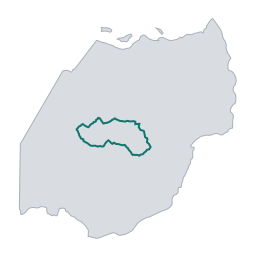 location of Singida within United Republic of Tanzania, rotated 271°
{"feature_id": "TZA-3390", "entity_name": "Singida", "entity_type": "Region", "adm_level": 1, "iso_a3": "TZA", "parent_name": "United Republic of Tanzania", "parent_adm1": "", "projection": "albers", "projection_center": [34.489, -5.65], "detail": "fine", "context": "in_parent", "style": "outline", "palette": "teal", "viewbox_px": 256, "rotation_deg": 271, "n_neighbors": 0, "source": "natural_earth", "source_scale": "10m", "svg_char_len": 5669}
<svg xmlns="http://www.w3.org/2000/svg" viewBox="0 0 256 256"><g transform="rotate(271 128 128)"><path d="M89.4,189.2L86.1,187.5L83.2,186.5L80.8,185.3L79.7,184.2L77.4,183.8L75.5,183.6L73.7,182.6L69.9,182.2L69.5,181.5L69.5,180.0L68.8,179.5L67.5,179.2L66.0,179.2L65.1,179.4L64.6,179.3L63.4,178.4L62.2,177.2L61.8,175.4L60.1,174.2L58.1,173.3L52.7,173.4L51.8,173.1L50.5,172.2L49.0,170.7L47.8,168.9L46.7,166.5L45.6,163.3L39.2,150.4L38.6,148.0L37.3,145.3L35.3,142.0L33.2,139.5L30.3,137.3L27.0,135.1L25.2,133.6L21.8,127.5L21.1,124.7L20.5,121.7L20.7,120.6L22.8,116.7L23.0,115.7L22.8,114.2L21.7,111.2L20.3,107.5L17.6,100.9L17.2,99.2L17.3,97.9L18.8,91.1L18.7,90.1L25.0,90.2L29.6,87.2L33.6,82.7L34.3,80.9L36.0,78.0L37.5,76.6L38.2,75.6L39.1,72.7L41.1,70.8L43.2,69.3L42.8,68.2L43.1,67.8L44.2,67.1L46.3,66.4L46.7,64.9L46.7,63.2L46.4,62.2L46.4,61.2L46.1,60.6L44.7,60.4L42.6,59.6L40.8,59.2L39.6,58.8L39.1,58.4L38.9,57.4L39.9,54.8L38.9,53.7L41.1,49.4L41.5,48.9L42.3,48.8L43.5,48.3L44.7,48.1L45.7,48.3L46.4,48.1L47.0,47.6L47.5,46.1L47.9,43.7L47.7,41.7L46.7,40.2L46.5,37.8L46.9,34.7L46.6,32.1L45.5,30.0L44.5,28.7L42.9,28.2L40.4,25.0L39.6,23.5L39.8,22.5L40.6,22.1L42.2,22.2L43.7,21.8L45.1,20.9L46.4,20.7L47.1,20.8L110.2,20.6L183.8,61.7L184.1,62.2L184.6,65.7L184.5,66.9L183.4,69.0L183.0,70.0L183.0,70.8L183.3,71.0L184.2,71.2L185.1,71.6L185.4,72.0L186.0,73.6L186.8,74.3L214.5,94.6L215.1,95.0L214.7,96.6L213.1,100.7L213.0,102.4L212.4,104.4L211.8,105.8L210.1,111.5L208.8,113.6L206.9,118.7L206.6,122.5L207.6,125.3L207.9,127.8L210.1,130.3L211.8,131.2L212.9,132.3L214.9,135.0L216.1,137.6L219.8,138.9L221.2,141.8L220.7,143.8L218.9,145.5L217.3,148.1L216.0,151.7L215.9,157.1L216.8,156.3L218.7,157.6L219.0,161.6L216.9,166.2L216.3,168.4L216.2,170.2L217.6,175.8L219.7,178.7L219.6,179.5L219.0,180.3L222.7,185.3L222.4,189.7L223.8,193.0L224.4,196.0L225.3,198.2L225.4,199.8L224.2,201.5L227.0,202.0L228.6,203.4L229.3,204.7L231.3,204.7L232.4,205.6L233.9,206.4L237.3,208.7L238.2,209.8L238.8,210.9L229.3,218.0L225.9,219.8L223.5,220.6L220.9,221.0L218.4,222.1L216.1,223.9L213.1,224.7L209.4,224.7L205.6,225.9L199.6,229.6L196.1,227.5L193.4,226.8L190.2,226.9L188.3,227.1L187.6,227.5L187.0,228.8L186.5,230.8L184.4,232.8L180.8,234.7L177.5,235.4L174.4,234.9L172.4,234.1L171.3,233.0L169.7,232.5L167.6,232.5L165.6,233.3L163.7,234.8L160.6,235.4L156.4,235.2L154.1,234.5L153.8,233.2L152.0,231.8L148.6,230.1L146.1,230.1L144.5,231.7L143.1,232.7L141.7,233.1L140.6,233.1L138.9,232.7L134.2,232.5L129.8,232.6L129.3,230.3L128.4,228.9L127.6,228.1L126.1,227.9L125.7,227.2L125.2,225.8L124.4,224.6L123.4,223.6L122.8,222.6L122.6,221.8L122.8,220.8L123.7,218.5L124.0,216.9L123.9,215.2L123.4,213.5L122.4,211.5L122.5,211.0L122.1,209.6L122.1,208.6L122.3,207.4L122.1,205.9L121.2,202.5L121.2,201.6L120.2,200.0L117.3,196.2L117.2,195.7L112.5,191.8L110.7,190.9L110.0,191.7L109.8,192.3L110.0,193.6L109.9,194.2L109.7,194.5L108.6,194.4L107.9,194.3L106.2,193.2L104.8,193.0L101.4,193.2L100.2,193.4L99.3,193.2L97.5,191.4L95.4,191.1L93.5,191.0L90.4,189.0L89.4,189.2ZM220.4,124.8L221.9,129.0L221.7,129.8L220.6,130.3L220.0,130.4L219.4,129.7L218.9,128.2L218.1,128.6L216.7,126.8L215.3,126.7L214.1,124.7L214.6,122.9L214.3,119.8L215.8,118.3L216.7,115.6L217.7,117.4L217.9,120.2L219.1,123.6L220.4,124.8ZM228.0,99.4L228.1,100.4L227.8,101.3L227.8,104.4L227.7,106.4L226.5,109.1L225.6,110.1L224.7,109.8L224.0,109.4L223.5,108.6L224.6,103.5L224.1,99.7L226.3,100.1L228.0,99.4ZM224.3,161.0L223.3,161.2L222.8,161.0L222.2,160.1L223.3,159.4L224.5,158.0L227.1,156.0L228.3,154.4L228.1,156.0L226.6,159.4L225.4,159.7L224.3,161.0Z" fill="#d9dde1" stroke="#a8b0b8" stroke-width="1"/><path d="M137.5,97.8L137.6,98.5L137.3,99.2L137.1,99.7L132.2,103.1L132.1,103.7L132.5,104.4L132.6,105.2L132.6,105.9L132.8,106.7L133.2,107.5L133.5,108.9L133.9,109.5L134.5,110.1L134.7,110.8L135.1,111.3L135.4,111.5L135.6,111.8L135.9,112.0L136.0,112.3L136.1,112.7L136.6,113.5L137.2,114.2L137.4,114.8L137.0,115.3L136.4,115.9L136.3,116.7L136.1,117.4L135.6,118.2L134.9,119.9L134.8,122.2L134.4,124.0L134.5,125.7L134.9,126.4L135.1,127.2L135.1,128.0L134.8,128.6L134.6,130.4L134.9,133.8L134.4,135.2L131.9,135.3L132.2,137.2L132.3,139.3L131.5,139.1L130.7,139.0L129.8,138.7L129.1,138.7L128.8,139.0L128.4,139.2L128.0,139.4L127.7,139.6L126.8,140.1L126.1,140.7L125.8,142.6L125.1,144.0L119.2,145.3L118.2,146.5L118.3,147.1L117.9,147.4L116.9,147.6L116.0,147.5L115.1,147.2L114.2,147.2L113.5,147.9L112.9,148.8L111.3,149.9L109.5,150.9L108.6,150.5L107.8,149.9L107.4,149.8L107.1,149.6L107.0,148.8L106.6,148.0L106.6,147.4L106.3,147.0L105.2,146.6L104.8,146.2L104.5,145.7L104.0,144.9L103.3,144.2L102.5,143.9L102.0,143.1L101.8,142.0L101.5,140.9L101.1,140.3L100.5,139.8L101.3,138.0L101.2,135.9L101.4,133.7L101.1,133.3L102.1,132.2L102.4,132.0L103.8,131.4L105.9,129.4L106.7,128.8L107.1,128.6L107.6,128.5L107.8,128.4L108.5,127.2L109.7,126.2L111.0,125.2L111.0,124.6L110.7,123.9L110.8,122.2L111.8,118.3L111.8,116.5L111.9,116.2L112.0,115.8L112.5,115.4L113.0,114.5L112.9,113.6L112.3,113.2L111.9,112.7L112.7,111.3L114.0,110.2L114.8,109.4L115.3,108.6L114.9,108.0L113.1,106.2L112.4,105.8L111.8,105.3L110.9,104.7L109.9,104.4L109.3,103.8L109.1,102.9L109.0,102.1L109.5,100.5L109.4,99.7L109.0,98.8L109.0,97.8L109.7,95.8L109.7,94.1L109.5,92.4L109.9,90.6L112.3,87.5L113.1,85.6L114.2,83.8L114.6,83.5L115.3,83.7L115.9,83.6L116.1,83.0L116.2,82.6L116.4,82.3L116.5,81.4L117.2,80.8L118.5,80.4L119.0,79.9L119.6,79.4L120.3,79.2L121.0,79.1L124.4,77.7L124.7,77.3L125.2,76.8L125.9,76.7L127.2,77.9L128.6,78.9L129.3,80.4L131.0,82.2L131.1,82.8L129.9,84.4L128.8,86.3L128.1,88.3L129.0,89.3L130.4,90.1L131.4,91.3L132.1,92.9L133.4,93.6L133.6,94.4L133.6,95.2L134.4,95.8L135.6,96.0L136.3,97.4L137.5,97.8Z" fill="none" stroke="#0f766e" stroke-width="2"/></g></svg>